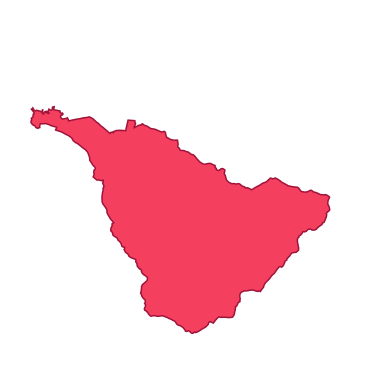 the district of Slatina, Suceava, Romania, rotated 250°
{"feature_id": "2599482B74228482681233", "entity_name": "Slatina", "entity_type": "district", "adm_level": 2, "iso_a3": "ROU", "parent_name": "Romania", "parent_adm1": "Suceava", "projection": "mercator", "projection_center": [25.97, 47.412], "detail": "fine", "context": "isolated", "style": "filled", "palette": "rose", "viewbox_px": 384, "rotation_deg": 250, "n_neighbors": 0, "source": "geoboundaries", "source_scale": "gbopen_adm2", "svg_char_len": 5958}
<svg xmlns="http://www.w3.org/2000/svg" viewBox="0 0 384 384"><g transform="rotate(250 192 192)"><path d="M325.1,70.9L324.8,69.4L320.8,70.7L319.8,70.5L319.5,70.3L319.5,69.5L319.3,69.3L318.4,68.9L317.9,69.0L316.6,67.6L316.4,67.2L316.4,66.5L316.1,66.2L314.6,66.0L314.2,65.4L313.6,65.3L313.0,64.6L311.8,64.5L310.8,65.0L309.9,65.1L307.9,66.9L305.7,67.5L304.5,69.1L304.9,69.3L304.6,71.0L306.0,71.4L308.1,72.8L307.0,75.3L306.3,78.0L304.3,80.6L302.5,82.3L299.6,86.4L298.9,86.9L296.9,85.0L293.1,89.9L289.1,93.4L287.5,95.0L285.0,96.8L284.1,97.4L280.9,97.9L278.2,99.5L277.0,100.8L269.3,105.5L268.6,106.2L264.7,107.6L259.8,107.6L256.8,106.8L250.7,108.2L248.8,109.2L247.3,109.3L246.6,108.9L246.4,108.6L246.3,107.8L245.9,107.4L244.0,106.3L242.7,106.3L241.7,105.8L240.0,104.3L235.8,106.6L235.3,108.3L233.4,111.1L233.7,112.4L233.3,112.7L232.0,112.0L230.9,111.1L228.2,111.3L227.5,111.1L226.5,110.5L226.1,109.8L223.5,108.8L222.4,107.9L218.2,105.7L213.6,104.2L211.5,104.2L205.6,105.8L203.4,105.7L201.9,105.1L199.8,105.2L194.9,106.1L189.9,107.9L189.4,105.9L187.5,105.4L186.4,104.0L184.7,102.9L183.3,102.4L181.3,103.3L178.3,103.0L174.3,105.9L172.1,106.0L169.4,107.4L167.8,107.7L164.8,107.6L164.2,108.1L162.9,109.8L162.3,109.6L161.2,108.5L158.0,108.9L156.1,110.3L154.6,110.8L153.5,110.7L152.3,111.4L150.8,112.6L148.0,115.9L147.3,116.0L145.7,115.3L144.3,115.5L143.7,115.9L141.9,115.3L140.5,115.3L137.9,116.3L137.4,116.6L137.1,117.1L136.7,117.5L136.1,117.7L135.6,117.8L134.9,117.3L132.8,117.4L131.0,118.2L128.6,120.0L126.7,120.9L124.1,119.5L121.9,113.7L120.8,112.6L120.2,112.1L119.4,111.9L115.7,110.0L114.7,109.2L114.3,109.0L113.3,109.4L110.9,109.3L108.1,110.1L107.2,110.9L105.9,110.9L105.0,110.7L104.6,110.2L103.7,110.0L103.3,109.3L102.2,109.9L100.2,108.9L98.7,107.3L97.2,107.1L96.2,108.1L95.3,108.3L94.9,108.7L94.0,109.1L92.5,109.3L89.9,110.4L89.3,111.0L89.1,111.6L89.1,113.2L88.8,114.0L86.8,117.5L86.0,121.4L85.5,122.3L82.4,126.0L81.5,126.6L79.2,129.2L77.8,130.2L77.2,131.0L76.0,131.9L73.0,132.5L71.2,133.9L70.5,135.2L68.5,136.7L67.0,137.5L64.2,138.4L63.6,138.2L62.9,138.9L62.7,141.4L62.4,141.8L60.1,142.9L59.3,143.6L59.0,144.3L59.0,144.8L59.6,146.7L58.6,147.4L58.6,148.5L59.0,151.5L59.9,155.0L60.2,157.5L60.6,159.0L62.0,161.9L63.5,163.0L64.1,164.6L61.5,167.2L63.6,170.4L65.5,174.2L63.9,177.3L63.5,179.1L61.2,184.1L60.5,187.2L62.1,189.5L67.5,192.9L69.3,193.6L69.5,194.9L70.6,196.1L71.8,197.0L72.3,197.9L72.6,199.6L73.7,199.9L75.0,200.7L77.3,201.1L78.9,201.7L80.1,202.6L81.0,204.1L81.2,207.0L80.0,211.0L80.2,211.6L79.6,214.2L78.9,215.9L76.7,218.7L75.9,220.3L76.2,221.1L75.7,221.9L75.1,222.1L75.2,222.5L76.3,223.6L78.0,226.6L79.9,227.9L81.6,230.1L84.0,235.2L86.1,238.2L87.5,241.7L90.4,245.8L91.9,248.4L91.8,249.1L91.6,249.6L90.8,250.3L91.0,251.6L91.9,252.9L94.2,255.2L94.9,255.4L95.3,256.0L95.6,257.7L96.6,258.4L97.2,259.1L98.3,261.6L99.8,263.6L100.6,265.4L100.5,266.1L100.3,266.5L100.2,267.3L99.7,269.3L100.8,272.0L101.2,272.4L103.2,273.2L104.8,273.2L105.8,273.6L107.6,273.7L111.4,274.7L111.6,275.1L112.4,275.6L112.8,276.1L113.0,277.0L113.8,277.3L114.1,277.6L114.4,279.3L115.2,280.9L116.7,282.6L116.8,282.9L116.1,283.9L116.0,285.9L117.1,288.2L117.2,288.7L117.1,289.3L116.7,290.4L116.0,291.3L115.2,291.8L114.6,293.1L114.3,294.7L114.5,295.5L114.4,296.0L115.1,296.9L115.5,298.1L116.0,298.9L116.0,299.5L116.8,302.0L116.9,302.9L118.4,304.1L118.2,305.1L118.3,305.6L119.5,306.9L122.3,309.4L124.5,310.8L125.8,310.8L126.7,312.2L127.6,314.7L128.5,315.5L132.3,315.8L134.1,315.4L137.1,316.7L140.1,319.5L140.7,319.3L143.3,317.4L144.0,316.2L144.0,315.4L145.6,311.9L149.1,308.4L150.4,306.3L152.7,304.9L153.1,304.0L152.7,300.6L153.0,299.1L153.5,297.5L155.1,295.0L155.9,294.5L159.4,293.5L160.4,292.7L162.5,288.4L165.2,284.1L166.2,283.6L170.8,279.4L171.7,279.1L175.3,276.5L175.7,275.8L176.5,275.3L176.8,274.9L176.6,273.7L176.7,272.9L176.9,272.2L178.1,270.8L178.2,270.2L176.1,265.3L176.1,261.2L175.3,258.2L174.7,253.7L173.7,248.9L177.0,245.7L177.2,245.1L177.3,243.8L177.8,243.3L178.5,243.4L179.1,242.9L180.4,241.2L182.9,239.8L183.9,238.8L184.5,235.9L185.7,234.1L186.1,232.3L188.8,229.7L191.6,228.5L195.7,228.9L198.3,228.6L201.2,230.4L201.8,230.2L203.0,229.3L203.7,228.4L203.9,227.4L203.1,225.0L203.1,224.4L204.3,222.8L204.6,222.6L205.9,222.9L207.2,222.1L208.5,222.7L209.3,222.6L210.0,221.5L212.0,219.7L212.8,218.6L213.2,217.2L213.8,213.3L214.4,212.1L217.6,209.6L220.9,208.2L225.7,206.5L226.5,205.9L228.2,203.6L229.3,203.2L231.0,202.0L231.5,201.0L233.8,198.4L234.6,196.3L235.4,195.2L237.7,195.0L238.2,194.5L239.3,194.1L240.3,194.4L241.4,195.2L245.7,196.1L246.8,192.9L247.6,191.5L249.1,189.3L250.5,188.4L251.7,187.0L254.2,186.9L257.2,187.4L258.2,186.9L258.6,186.4L258.6,184.4L259.6,183.0L263.5,178.9L265.8,174.9L269.1,172.4L271.2,169.9L273.0,168.8L273.1,168.3L272.2,166.9L272.6,166.4L272.8,165.6L272.9,164.3L272.5,162.3L272.2,159.7L273.1,160.0L274.8,161.9L275.4,162.3L276.0,162.5L276.8,162.2L278.6,162.7L281.4,156.5L272.3,150.6L274.0,146.9L273.8,146.8L274.6,145.5L275.7,141.7L275.7,141.0L275.5,138.7L274.9,138.4L275.5,138.1L275.4,137.4L275.7,136.8L275.8,136.0L275.1,134.9L283.1,130.5L285.3,129.0L288.9,127.3L289.7,126.5L294.8,123.9L297.0,122.0L297.8,121.0L297.9,120.1L297.9,119.0L298.8,115.5L299.2,112.0L300.1,107.3L300.8,102.1L300.8,101.4L301.2,100.3L302.6,100.6L304.4,100.2L304.0,99.4L304.4,98.2L304.6,96.6L304.8,95.4L306.2,94.4L307.2,94.1L308.3,94.5L308.7,94.8L308.7,96.4L309.0,97.1L309.7,97.5L310.6,97.1L310.5,96.6L311.1,95.6L312.0,95.3L312.9,95.7L313.5,95.5L315.8,91.5L316.3,90.4L317.1,90.4L319.3,91.7L319.5,90.0L319.4,89.8L318.1,89.4L317.2,88.5L317.0,88.0L317.1,87.2L318.8,85.9L316.9,84.1L316.0,84.1L315.1,84.7L314.8,84.6L315.0,83.7L315.9,83.6L315.8,83.2L316.6,82.1L317.3,82.9L317.7,82.7L317.8,82.0L317.6,81.4L317.7,80.7L316.2,79.3L316.1,79.0L316.8,78.3L319.3,79.3L320.0,79.9L320.3,79.5L318.9,78.5L318.7,78.0L319.3,77.2L320.2,76.8L320.5,75.8L321.3,75.0L322.0,73.8L321.7,73.1L321.9,72.4L322.8,71.5L323.6,71.6L325.4,71.2L325.1,70.9Z" fill="#f43f5e" stroke="#9f1239" stroke-width="1.5"/></g></svg>